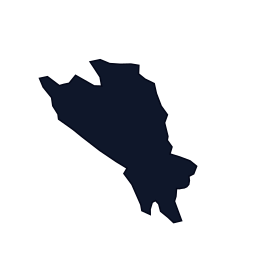 map outline of Burtnieku (Equal Earth projection), rotated 219°
{"feature_id": "LVA-5784", "entity_name": "Burtnieku", "entity_type": "Municipality", "adm_level": 1, "iso_a3": "LVA", "parent_name": "Latvia", "parent_adm1": "", "projection": "equal_earth", "projection_center": [25.318, 57.691], "detail": "fine", "context": "isolated", "style": "filled", "palette": "ink", "viewbox_px": 256, "rotation_deg": 219, "n_neighbors": 0, "source": "natural_earth", "source_scale": "10m", "svg_char_len": 909}
<svg xmlns="http://www.w3.org/2000/svg" viewBox="0 0 256 256"><g transform="rotate(219 128 128)"><path d="M187.5,91.2L191.1,94.7L200.4,97.9L206.5,103.6L219.6,106.4L228.0,110.9L222.9,117.2L208.0,117.7L205.2,121.7L201.9,125.7L201.9,135.9L180.8,139.4L174.8,144.0L181.8,150.1L193.0,153.7L199.1,155.6L192.6,163.6L182.8,166.5L174.0,172.7L166.0,179.5L159.0,183.5L153.9,176.7L145.5,176.7L135.6,179.0L127.7,172.7L116.0,165.9L105.7,163.1L102.9,155.1L91.7,146.6L89.8,143.2L81.9,141.0L79.1,134.2L69.3,138.1L59.0,141.5L50.6,141.5L48.1,133.7L50.3,128.8L47.2,125.7L45.3,122.4L45.4,119.3L46.6,116.9L48.7,114.7L49.8,113.3L52.2,111.5L47.7,105.0L45.8,100.3L28.0,89.7L33.0,83.2L40.9,83.8L50.2,83.8L56.3,88.3L61.0,88.9L62.4,85.5L59.6,78.7L56.3,74.8L65.2,72.5L69.8,76.5L89.4,86.6L95.9,88.3L102.5,90.0L103.4,96.2L116.0,94.5L135.6,92.8L158.4,92.3L170.1,92.3L187.5,91.2Z" fill="#0f172a" stroke="#020617" stroke-width="1.5"/></g></svg>